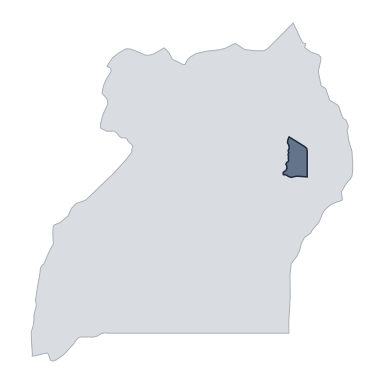 location of Katakwi within Uganda
{"feature_id": "UGA-3122", "entity_name": "Katakwi", "entity_type": "County", "adm_level": 1, "iso_a3": "UGA", "parent_name": "Uganda", "parent_adm1": "", "projection": "mercator", "projection_center": [33.928, 1.964], "detail": "fine", "context": "in_parent", "style": "filled", "palette": "slate", "viewbox_px": 384, "rotation_deg": 0, "n_neighbors": 0, "source": "natural_earth", "source_scale": "10m", "svg_char_len": 2700}
<svg xmlns="http://www.w3.org/2000/svg" viewBox="0 0 384 384"><path d="M288.9,333.2L282.4,333.2L271.9,333.2L261.3,333.2L250.8,333.2L240.2,333.2L229.7,333.2L219.1,333.2L208.6,333.2L198.0,333.2L187.5,333.2L176.9,333.2L166.4,333.2L155.8,333.2L145.3,333.2L134.7,333.2L124.2,333.2L113.6,333.2L107.4,333.2L106.2,333.0L105.3,332.8L101.3,333.5L97.2,336.1L92.8,337.2L88.1,336.8L87.5,337.1L85.2,337.0L81.8,336.8L78.7,337.5L76.3,339.8L73.9,343.7L69.6,348.2L66.2,352.1L63.3,354.9L56.7,359.6L53.1,361.0L51.3,360.7L50.3,359.9L48.2,353.9L46.9,353.0L34.1,356.0L32.2,356.1L32.4,354.2L31.4,340.3L31.3,331.7L33.0,326.4L33.9,320.2L34.0,314.7L36.4,305.5L35.5,299.9L38.6,280.5L39.4,277.3L40.5,267.9L42.4,265.0L44.1,263.8L46.3,258.1L50.5,248.9L53.4,244.1L52.8,233.7L53.2,226.7L53.9,225.1L60.1,222.5L68.1,215.9L71.5,208.3L76.3,203.4L85.6,200.2L113.2,173.8L126.1,159.6L131.6,152.4L131.8,149.7L132.9,146.3L130.7,143.6L128.0,141.2L127.1,139.0L124.8,137.8L121.5,137.9L119.3,136.3L116.8,133.1L114.4,131.1L106.5,131.2L100.5,128.0L100.6,123.5L102.9,114.7L107.5,104.7L107.8,101.9L107.1,99.6L106.0,97.5L104.0,95.5L102.0,93.1L103.5,85.9L106.4,78.8L108.8,75.3L111.1,71.3L110.4,68.0L107.0,66.4L108.8,63.3L112.4,57.9L119.5,52.5L125.7,48.9L129.8,48.9L137.8,51.8L145.1,55.1L149.1,55.3L153.9,53.9L164.0,47.9L166.4,49.8L169.3,53.4L172.5,59.5L178.8,62.2L181.9,64.1L184.0,64.7L185.2,64.2L187.6,59.5L190.5,56.9L195.9,53.6L207.7,51.0L216.1,50.2L219.7,49.7L225.7,48.1L235.2,43.3L244.5,49.5L254.6,50.8L264.4,50.7L267.3,48.8L269.1,47.3L279.3,37.0L293.2,23.0L302.5,42.7L305.7,43.9L305.2,45.6L304.5,47.3L310.5,52.0L318.0,54.5L320.6,56.9L320.9,59.6L318.4,71.1L318.8,74.3L321.2,85.9L325.7,88.5L329.6,100.1L337.6,105.0L338.7,106.4L340.6,112.0L343.0,118.2L344.9,119.6L346.1,120.0L348.4,126.5L347.1,130.2L348.9,141.3L351.9,151.3L352.7,163.2L352.7,168.4L352.6,171.6L351.9,176.2L350.5,178.8L348.0,181.3L345.2,185.3L342.7,189.6L341.2,191.7L342.4,198.2L342.1,199.9L341.4,200.7L337.8,201.7L333.2,203.4L330.4,205.1L326.4,208.3L323.3,211.9L319.0,222.2L312.0,230.3L310.8,233.0L304.2,237.8L301.3,243.7L299.4,251.0L296.9,256.2L291.3,263.4L290.0,274.7L290.2,297.3L288.7,323.1L288.9,333.2Z" fill="#d9dde1" stroke="#a8b0b8" stroke-width="1"/><path d="M283.3,172.3L285.6,170.7L286.9,168.6L286.9,166.2L285.9,164.2L286.6,162.7L288.5,161.1L288.6,160.0L288.3,158.7L288.5,156.0L288.1,155.1L288.1,154.2L288.4,153.5L288.8,153.0L288.7,152.3L288.3,151.7L288.2,150.6L288.5,149.6L289.2,148.3L289.1,146.9L288.5,144.3L287.8,143.6L287.5,142.6L287.9,139.7L289.1,136.9L304.5,146.5L306.7,148.4L307.2,151.3L307.2,157.7L307.2,176.9L297.2,176.2L294.3,176.6L291.4,177.4L288.5,176.5L286.2,174.9L283.4,174.7L283.1,173.7L283.3,172.3Z" fill="#64748b" stroke="#1e293b" stroke-width="1.5"/></svg>